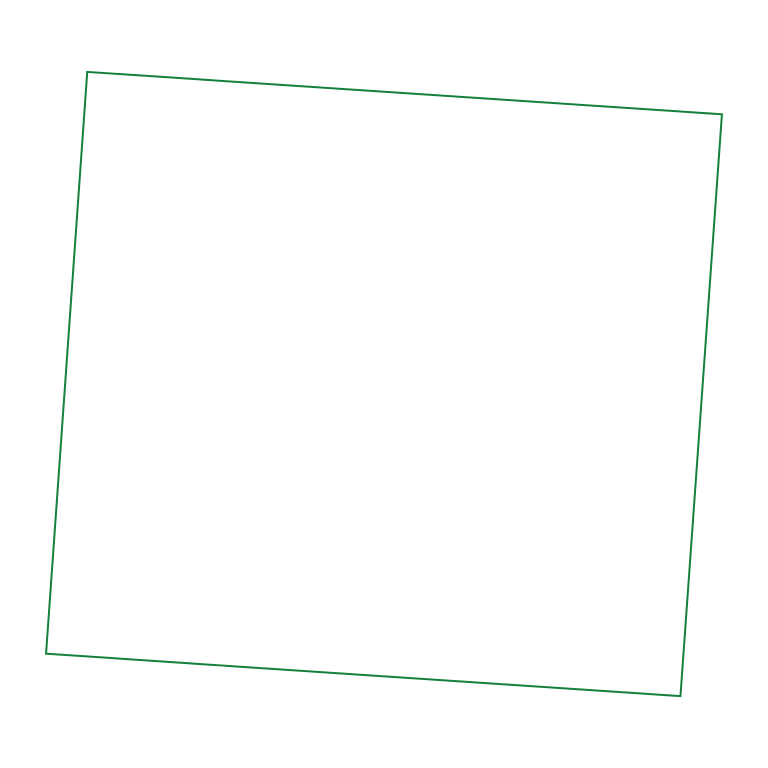 Pierce, Nebraska, United States of America (Robinson projection), rotated 184°
{"feature_id": "52423323B66217653244745", "entity_name": "Pierce", "entity_type": "district", "adm_level": 2, "iso_a3": "USA", "parent_name": "United States of America", "parent_adm1": "Nebraska", "projection": "robinson", "projection_center": [-97.585, 42.264], "detail": "fine", "context": "isolated", "style": "outline", "palette": "green", "viewbox_px": 768, "rotation_deg": 184, "n_neighbors": 0, "source": "geoboundaries", "source_scale": "gbopen_adm2", "svg_char_len": 243}
<svg xmlns="http://www.w3.org/2000/svg" viewBox="0 0 768 768"><g transform="rotate(184 384 384)"><path d="M66.5,93.3L65.7,676.6L701.8,674.6L702.2,237.1L702.3,91.4L542.0,91.8L66.5,93.3Z" fill="none" stroke="#15803d" stroke-width="2"/></g></svg>